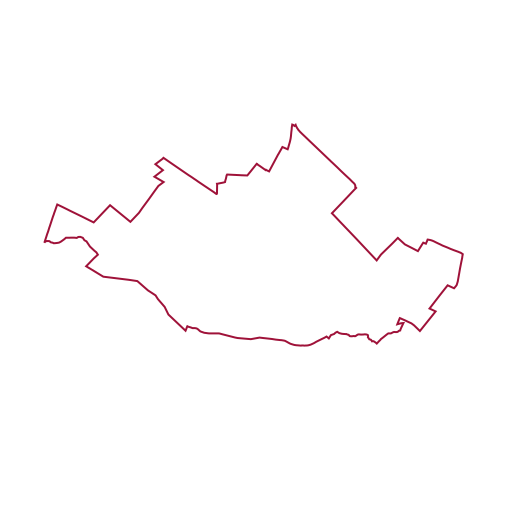 the district of Buzau, Buzau, Romania, rotated 162°
{"feature_id": "2599482B14537956390391", "entity_name": "Buzau", "entity_type": "district", "adm_level": 2, "iso_a3": "ROU", "parent_name": "Romania", "parent_adm1": "Buzau", "projection": "mercator", "projection_center": [26.808, 45.138], "detail": "fine", "context": "isolated", "style": "outline", "palette": "rose", "viewbox_px": 512, "rotation_deg": 162, "n_neighbors": 0, "source": "geoboundaries", "source_scale": "gbopen_adm2", "svg_char_len": 5645}
<svg xmlns="http://www.w3.org/2000/svg" viewBox="0 0 512 512"><g transform="rotate(162 256 256)"><path d="M226.7,343.4L226.8,343.5L235.6,337.7L236.1,337.4L239.0,335.5L239.2,335.4L239.4,335.3L239.6,335.4L240.3,335.6L244.9,337.3L246.7,338.0L258.3,342.4L258.8,341.9L259.0,341.8L260.8,338.7L261.4,337.9L261.8,337.3L262.1,336.8L262.6,335.9L263.8,335.9L265.0,336.0L268.2,336.4L269.9,336.6L270.0,336.6L270.5,336.6L270.8,336.7L270.9,335.9L273.3,329.0L273.6,328.0L273.7,327.7L273.9,327.5L274.1,327.2L274.5,327.2L274.9,327.7L275.9,329.1L276.0,329.3L282.2,337.2L282.3,337.3L286.6,342.8L288.4,345.1L288.6,345.4L289.8,347.0L291.0,348.5L291.6,349.3L292.2,350.1L293.3,351.5L295.1,353.7L296.8,355.9L301.4,361.9L307.7,370.1L313.7,378.0L313.9,377.9L314.0,377.6L323.3,374.4L318.0,366.4L328.1,362.8L321.0,354.9L327.2,352.8L333.0,348.6L339.9,343.5L349.4,336.7L354.0,333.2L364.9,327.3L379.1,349.4L400.0,338.1L410.7,348.6L418.9,356.5L421.0,358.6L425.0,362.5L429.1,366.4L429.8,365.5L430.9,364.1L432.7,361.7L434.9,358.9L435.5,358.0L436.8,356.4L438.7,353.8L443.0,347.9L443.4,347.4L444.0,346.6L444.4,346.0L446.1,343.6L447.9,341.3L449.4,339.2L453.2,334.0L452.6,334.5L452.0,334.7L451.4,335.0L451.1,335.1L450.7,335.0L450.5,334.8L449.9,334.7L449.5,334.6L449.1,334.5L448.5,334.2L448.0,334.0L447.8,333.8L447.5,333.4L447.1,332.6L446.8,332.4L446.6,332.2L446.0,331.9L445.3,331.5L445.1,331.3L444.9,331.1L444.6,330.8L444.5,330.7L444.3,330.6L443.6,330.4L442.7,330.2L441.7,330.0L440.7,329.8L440.0,329.7L439.1,329.6L437.3,329.9L436.0,330.3L434.7,330.7L434.1,330.9L433.5,331.1L433.2,331.2L433.0,331.3L432.0,331.7L431.1,332.1L423.2,329.6L420.9,328.6L419.1,329.0L417.2,328.5L415.1,326.8L414.3,324.0L412.7,322.3L411.0,316.3L408.1,311.0L406.7,308.8L406.0,306.1L410.9,303.9L420.7,298.7L411.8,288.4L407.6,283.5L384.2,272.6L376.6,268.8L369.4,256.7L363.7,249.6L362.6,245.3L358.6,235.8L357.4,227.4L346.1,206.7L345.3,207.6L344.6,208.5L344.2,209.0L343.9,209.4L343.6,209.7L343.4,210.0L343.0,210.4L342.4,209.8L341.6,209.2L340.2,208.3L339.0,207.3L338.2,206.8L337.4,206.7L336.0,206.1L335.4,205.8L334.6,205.2L334.0,204.5L333.7,204.0L332.5,201.9L332.2,201.5L331.5,200.9L329.9,199.7L329.0,199.0L326.7,197.9L325.5,197.3L324.3,196.8L315.4,193.9L314.7,193.6L312.1,191.9L301.2,185.0L298.9,183.7L286.6,178.5L277.8,177.3L274.6,175.8L272.8,175.0L266.4,172.1L263.1,170.4L259.3,168.7L257.6,168.0L255.7,167.0L255.0,166.6L254.7,166.4L253.5,165.2L252.3,163.9L250.9,162.4L250.1,161.7L248.7,160.7L247.1,159.6L245.3,158.7L243.8,158.1L241.0,156.9L240.7,156.8L240.2,156.8L238.9,156.4L237.9,155.9L235.0,155.1L233.8,154.9L231.5,154.8L228.7,155.1L227.4,155.3L225.3,155.8L218.5,156.8L216.2,157.1L213.8,157.6L212.2,155.1L209.2,157.6L205.8,157.7L204.1,158.5L202.2,158.8L200.6,156.9L198.4,155.5L196.8,154.8L195.8,154.4L194.1,153.8L193.3,153.0L192.5,152.6L192.1,152.1L191.7,151.0L191.2,150.6L189.5,150.0L187.8,149.7L187.1,149.4L186.7,149.1L186.0,149.1L184.4,149.6L183.9,149.7L183.4,149.8L183.0,149.8L182.2,149.6L181.3,149.2L180.4,148.8L177.9,148.1L176.7,147.9L175.0,147.1L174.1,146.3L174.1,145.3L174.7,144.1L174.2,142.8L174.0,141.8L172.9,141.1L172.6,140.8L172.4,140.3L172.0,139.3L172.0,139.0L170.9,138.8L170.3,138.4L169.9,137.9L168.8,136.5L168.2,135.4L165.3,137.0L163.8,137.7L163.0,138.3L160.5,139.2L160.2,139.3L156.0,140.9L154.8,141.3L154.1,141.5L153.7,141.4L153.1,141.2L151.7,140.7L149.9,141.0L149.2,141.1L148.1,141.1L147.3,140.7L145.4,140.1L144.3,140.2L143.2,140.7L141.9,140.6L141.8,140.8L140.6,142.3L136.5,146.7L137.8,147.0L138.9,147.2L142.3,147.4L142.7,147.4L142.4,147.8L138.7,152.2L138.4,152.5L134.1,148.7L131.7,146.4L129.0,143.9L127.1,141.2L123.3,134.0L102.3,147.8L107.2,152.4L93.6,161.7L82.8,168.9L77.6,164.1L77.4,164.2L74.9,165.8L74.1,166.4L72.0,169.4L68.6,175.8L65.8,181.1L62.8,186.5L61.2,189.3L60.5,190.5L59.8,192.0L58.8,193.8L58.8,194.0L59.2,194.4L60.3,195.8L60.5,196.0L61.2,196.5L62.2,197.4L66.3,200.6L68.1,202.1L68.4,202.3L71.2,204.8L75.4,208.3L76.2,209.1L77.1,210.0L78.5,211.3L80.7,213.4L81.0,213.7L81.2,213.9L82.4,215.1L82.8,215.4L83.3,215.9L83.7,216.2L83.9,216.3L84.1,216.5L84.8,217.0L85.6,217.5L85.8,217.6L86.0,217.7L86.4,217.9L86.8,218.1L87.2,218.4L87.7,218.6L89.1,216.9L90.2,215.7L90.6,215.2L91.5,215.9L91.9,216.2L92.3,216.6L92.8,217.0L93.6,216.4L100.5,210.6L105.6,215.8L110.8,221.0L115.3,228.9L115.3,229.1L115.5,229.4L122.4,225.8L124.0,225.0L136.4,218.9L137.2,218.4L142.6,214.5L146.8,223.4L151.0,232.3L151.1,232.5L154.9,240.6L157.2,245.4L157.3,245.6L165.5,262.6L165.6,262.8L169.1,270.2L170.3,272.6L170.4,272.8L170.6,273.2L168.5,274.3L157.9,280.0L141.9,288.7L140.7,289.3L139.7,289.8L139.9,290.3L140.0,290.4L140.1,290.5L140.3,290.8L140.2,290.9L140.1,291.3L140.0,291.6L139.9,291.8L139.9,292.2L139.8,292.7L139.9,293.4L140.0,293.9L140.1,294.3L140.3,294.6L140.4,294.9L140.7,295.5L141.0,296.0L141.3,296.5L143.2,300.3L144.0,301.7L146.4,306.0L148.9,310.6L151.3,315.2L154.3,320.7L154.4,320.9L155.6,323.0L156.0,323.9L156.1,324.0L162.8,336.4L165.1,340.7L169.0,347.9L170.6,350.9L173.4,356.1L174.5,358.1L175.1,359.3L175.7,360.4L175.8,360.6L176.3,361.9L176.8,363.0L176.9,363.4L177.0,363.9L177.3,364.8L177.6,366.3L177.6,366.5L177.8,367.9L177.8,368.0L177.8,368.4L177.8,368.5L178.2,368.3L178.4,368.1L178.5,368.1L178.7,367.9L178.8,367.9L179.1,367.7L179.5,368.1L179.7,368.5L179.9,368.9L180.1,369.2L180.5,369.5L180.9,369.8L181.0,369.6L181.6,368.5L182.3,367.1L182.6,366.3L183.1,365.1L184.1,363.0L185.9,358.8L186.9,356.8L187.9,355.1L188.9,353.5L190.0,351.9L191.8,349.2L192.0,348.9L192.2,348.6L192.9,347.7L197.2,351.5L200.0,348.9L200.8,348.2L203.3,345.9L203.5,345.8L217.4,332.4L219.7,334.6L219.9,334.9L220.3,334.7L224.4,340.2L226.0,342.2L226.5,342.9L226.8,343.3L226.7,343.4Z" fill="none" stroke="#9f1239" stroke-width="2"/></g></svg>